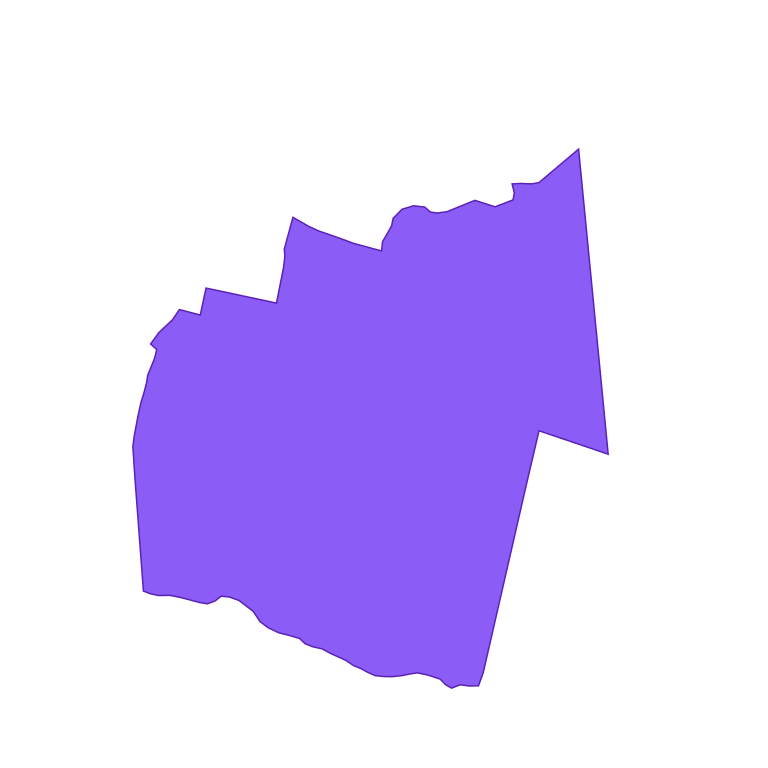 Santa Teresinha, Paraíba, Brazil (orthographic projection), rotated 197°
{"feature_id": "56859067B32713563652227", "entity_name": "Santa Teresinha", "entity_type": "district", "adm_level": 2, "iso_a3": "BRA", "parent_name": "Brazil", "parent_adm1": "Paraíba", "projection": "orthographic", "projection_center": [-37.431, -7.11], "detail": "fine", "context": "isolated", "style": "filled", "palette": "violet", "viewbox_px": 768, "rotation_deg": 197, "n_neighbors": 0, "source": "geoboundaries", "source_scale": "gbopen_adm2", "svg_char_len": 1287}
<svg xmlns="http://www.w3.org/2000/svg" viewBox="0 0 768 768"><g transform="rotate(197 384 384)"><path d="M266.6,665.5L294.7,621.9L301.4,618.5L311.8,615.8L320.0,612.8L315.3,605.0L314.4,597.8L329.6,585.9L350.8,586.2L364.1,575.4L374.0,567.3L382.7,563.2L389.8,562.0L396.7,565.1L407.8,563.1L417.8,556.4L423.7,545.1L423.0,537.4L425.3,526.9L427.0,519.8L425.3,510.5L453.9,509.6L476.9,510.8L490.6,511.2L502.0,512.7L519.8,516.8L518.8,483.9L516.2,477.3L514.1,466.0L510.5,429.9L582.2,423.7L579.9,396.2L601.4,395.4L605.0,383.7L614.3,367.4L618.9,354.0L611.4,350.5L610.9,341.5L612.5,323.3L611.4,315.4L611.0,305.0L611.0,295.2L609.9,281.1L607.6,261.0L605.9,250.8L594.6,221.0L553.5,115.6L545.8,115.1L537.7,115.8L526.9,119.3L515.3,120.4L505.7,120.8L496.5,121.1L488.6,122.2L482.1,127.1L477.6,133.5L469.4,135.1L459.4,134.6L450.5,131.3L442.4,128.2L433.1,120.5L423.4,117.0L412.0,115.3L402.3,115.8L390.5,116.0L383.4,112.5L375.2,111.9L365.9,112.6L356.4,110.7L347.9,109.6L339.3,108.4L330.7,105.8L323.0,105.1L315.8,103.6L307.3,102.5L298.2,104.3L290.6,106.5L281.7,110.3L274.0,114.5L267.7,117.5L257.0,118.5L244.0,118.2L237.2,114.4L230.5,112.9L223.2,118.6L214.2,120.1L205.4,123.0L204.7,136.8L218.4,329.0L222.1,384.6L149.1,382.4L166.9,425.4L266.6,665.5Z" fill="#8b5cf6" stroke="#5b21b6" stroke-width="1.5"/></g></svg>